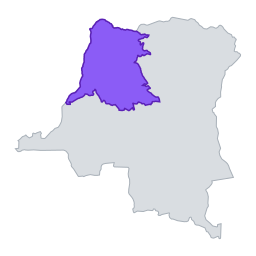 Équateur highlighted on a map of Democratic Republic of the Congo
{"feature_id": "COD-1461", "entity_name": "Équateur", "entity_type": "Province", "adm_level": 1, "iso_a3": "COD", "parent_name": "Democratic Republic of the Congo", "parent_adm1": "", "projection": "orthographic", "projection_center": [21.263, 1.316], "detail": "fine", "context": "in_parent", "style": "filled", "palette": "violet", "viewbox_px": 256, "rotation_deg": 0, "n_neighbors": 0, "source": "natural_earth", "source_scale": "10m", "svg_char_len": 8873}
<svg xmlns="http://www.w3.org/2000/svg" viewBox="0 0 256 256"><path d="M233.4,177.4L211.8,180.9L212.2,182.1L212.0,183.4L211.4,184.4L209.1,187.1L205.8,189.6L205.8,190.2L207.4,192.9L208.3,196.7L207.9,203.3L208.3,205.1L208.2,206.5L207.1,208.0L204.7,215.9L206.0,219.7L210.2,223.3L212.6,225.9L216.7,226.9L217.4,226.7L217.7,224.5L221.1,223.7L220.6,237.7L220.3,238.5L219.7,238.7L218.9,238.2L218.7,236.9L217.9,236.3L213.8,238.1L212.8,238.0L211.6,237.7L210.8,237.0L210.6,235.9L207.9,231.9L206.5,231.6L205.0,227.9L198.7,225.2L196.2,225.0L195.0,224.2L193.8,221.3L191.6,219.5L191.2,217.4L190.8,217.1L189.5,217.5L188.3,220.8L186.8,221.6L184.2,221.7L177.6,220.7L172.9,219.0L171.6,219.1L169.7,217.6L169.0,215.1L169.5,213.2L169.1,212.9L161.9,214.5L160.1,215.5L158.5,215.3L158.0,214.7L158.7,213.4L158.4,211.9L157.8,211.2L155.7,210.7L155.0,209.2L153.7,208.9L153.3,209.2L153.0,210.2L152.2,210.6L147.8,210.1L143.3,211.5L137.3,211.1L134.4,212.7L134.0,212.7L133.4,211.9L132.8,209.2L133.1,208.5L134.0,207.9L134.3,206.8L134.1,204.1L134.3,203.4L134.0,201.8L133.1,199.3L131.8,197.2L129.1,194.0L128.6,192.6L128.8,189.1L129.7,183.5L129.6,179.4L128.5,176.7L128.2,173.8L129.0,168.5L128.2,167.3L114.4,166.9L113.8,166.5L113.5,165.7L114.2,162.6L105.7,163.4L103.2,164.0L101.6,165.3L101.1,166.9L101.1,169.1L99.8,171.3L99.5,175.0L97.1,175.4L94.8,175.4L90.3,174.6L85.9,175.6L83.8,176.6L82.7,176.1L78.7,176.5L78.2,176.2L73.7,169.0L71.6,166.6L71.2,165.4L71.4,164.3L70.8,162.8L68.7,159.0L68.3,157.3L68.4,154.6L68.1,153.7L66.2,151.3L65.0,150.6L63.6,150.1L41.0,150.4L33.6,149.9L28.1,150.2L25.4,150.0L24.6,149.7L22.1,150.2L20.9,151.2L18.9,151.7L17.7,151.4L15.4,148.7L18.5,148.3L18.7,148.0L18.9,141.5L18.0,140.6L19.7,139.5L22.4,136.7L25.1,135.7L25.4,135.1L26.0,135.1L27.0,136.3L29.3,137.9L32.2,136.5L32.5,136.1L32.8,133.4L33.5,133.1L34.8,133.7L35.4,133.7L36.7,132.9L40.3,131.6L41.4,133.3L40.5,134.9L40.9,136.1L41.0,137.9L41.6,138.3L44.5,138.5L45.4,138.0L51.1,131.7L52.6,130.9L55.0,128.4L58.2,127.3L59.6,125.3L61.4,121.7L62.2,116.6L61.9,107.6L62.1,106.4L66.0,102.4L70.0,95.1L72.7,93.2L74.7,92.4L77.9,89.8L80.4,87.1L80.0,83.9L80.6,81.2L82.0,77.8L82.4,74.2L81.9,70.4L82.1,67.2L84.0,62.3L84.2,56.6L85.8,51.8L89.2,45.7L90.7,41.2L90.5,36.8L90.9,33.5L90.7,31.6L90.1,29.9L90.4,28.8L91.7,28.4L93.3,26.7L96.1,22.4L99.1,20.2L101.2,19.6L103.4,19.6L104.9,20.0L107.2,21.7L109.8,23.1L111.8,24.8L113.8,27.5L118.5,28.1L120.5,29.0L121.7,29.4L122.2,29.1L123.2,29.3L125.4,30.1L127.2,29.6L135.9,31.4L136.9,30.5L139.3,25.9L141.1,24.4L144.1,24.2L146.4,25.1L147.7,25.1L158.4,21.1L159.8,20.9L163.6,21.9L166.2,21.2L167.2,21.4L169.4,20.7L171.1,18.0L172.6,17.3L188.0,20.3L190.3,18.8L191.4,18.6L194.8,19.7L195.9,21.4L197.9,22.8L199.4,25.2L201.7,26.5L202.8,27.8L204.2,28.7L207.0,29.0L210.5,26.8L213.0,27.0L215.5,28.2L216.3,28.2L218.2,26.9L219.2,25.5L220.2,25.2L221.6,25.8L222.9,27.1L223.9,28.9L227.8,33.0L231.5,34.7L232.4,37.2L233.8,37.0L234.4,37.2L235.4,38.8L236.1,39.1L236.2,39.8L235.3,41.3L234.5,44.2L235.6,45.9L234.7,48.5L234.2,51.1L235.4,51.8L237.0,51.7L238.4,53.1L239.5,53.3L240.6,54.8L240.4,56.0L236.8,60.3L231.4,65.6L229.5,66.3L228.6,67.3L227.9,68.8L226.3,70.1L225.1,70.6L225.0,74.5L223.1,78.4L222.4,79.2L221.4,85.7L221.6,86.8L220.6,92.0L220.7,96.9L218.1,98.5L216.2,100.9L215.4,102.6L215.5,106.5L212.4,109.0L212.2,109.5L212.9,112.3L214.0,112.8L214.1,113.7L216.5,116.7L216.3,126.0L216.4,126.9L217.6,129.1L218.4,133.3L217.4,138.6L220.6,148.3L219.1,151.9L219.8,155.3L221.7,158.9L226.2,162.4L227.5,163.8L228.6,165.8L229.6,168.8L233.4,177.4Z" fill="#d9dde1" stroke="#a8b0b8" stroke-width="1"/><path d="M76.3,91.5L78.6,88.7L79.1,88.2L79.3,87.8L80.1,87.1L80.3,86.8L80.2,84.7L79.9,83.5L79.9,82.9L80.4,80.7L81.6,77.7L82.6,76.3L82.6,76.1L82.7,74.7L82.5,74.3L82.3,74.2L82.0,73.3L82.2,71.7L81.8,70.2L81.8,69.3L81.7,68.5L82.0,67.7L82.3,67.4L82.8,66.6L82.9,66.4L82.9,65.6L83.3,64.3L83.4,63.6L84.2,62.1L84.1,58.4L84.3,57.4L84.2,56.9L84.3,55.7L84.2,54.8L84.6,53.6L85.1,53.0L85.3,52.9L85.7,52.1L86.1,50.8L86.9,49.9L87.1,49.9L88.0,48.3L88.3,47.4L88.4,47.0L88.9,45.9L89.6,44.1L89.8,43.9L90.6,43.3L90.8,42.7L91.0,41.0L90.9,39.5L90.4,36.4L90.6,34.9L90.7,34.1L91.0,33.4L91.1,32.4L90.9,31.4L90.7,30.9L90.2,29.8L89.9,29.5L89.8,29.3L89.8,29.0L90.0,28.7L90.5,28.5L91.2,28.7L92.0,28.5L92.3,28.2L92.6,27.8L93.2,26.3L93.5,25.9L93.9,25.6L94.1,25.2L94.4,25.0L94.8,24.3L95.4,23.9L95.5,23.4L95.8,23.1L96.1,22.4L96.7,21.8L96.9,21.7L97.6,21.7L98.1,20.9L98.7,20.7L99.7,20.0L100.1,19.5L100.4,19.5L101.4,19.5L102.0,19.2L102.5,19.4L103.9,19.5L104.5,19.7L105.2,20.0L105.9,21.0L107.2,21.4L108.2,22.1L109.2,22.5L109.9,23.4L111.2,23.8L111.6,24.3L111.8,24.9L112.1,25.1L112.6,25.6L112.6,25.8L112.4,26.4L112.5,26.7L114.0,28.0L114.3,28.1L115.3,27.9L116.2,27.9L116.5,27.9L117.0,27.6L117.5,27.6L118.6,27.8L119.9,28.3L120.4,28.9L120.8,29.1L120.9,29.3L121.3,29.4L121.5,29.5L121.8,29.4L122.2,29.0L122.4,29.0L123.5,29.7L124.6,29.8L124.9,30.0L125.4,30.1L126.5,29.5L126.7,29.4L127.8,29.5L128.2,29.7L128.7,29.7L129.3,30.1L129.6,30.1L130.3,30.2L130.9,30.1L131.6,30.4L132.4,30.5L132.7,30.8L133.3,31.2L134.5,31.4L135.9,31.4L136.2,31.2L136.7,31.5L137.4,31.7L139.0,33.0L139.8,33.2L140.0,33.9L140.1,34.1L140.9,34.6L141.7,34.7L142.5,34.4L143.2,34.6L143.6,34.3L144.2,34.3L144.5,34.1L144.8,34.3L145.2,34.3L145.3,34.5L145.6,34.6L146.0,34.9L146.7,35.0L146.9,35.2L147.6,34.9L148.3,35.1L148.8,35.1L148.7,35.6L148.5,36.1L148.0,36.5L147.4,37.3L147.2,37.5L146.9,37.6L146.3,37.3L145.6,37.2L145.1,36.9L144.8,36.8L144.4,37.1L143.2,38.3L142.7,38.5L141.9,38.4L141.0,38.9L138.9,39.5L138.5,39.9L138.3,40.3L138.3,40.5L138.7,41.1L139.8,41.4L140.2,41.7L140.3,41.9L140.4,42.4L140.2,44.1L140.3,44.5L140.5,44.9L140.8,44.9L141.1,44.8L142.2,43.4L142.7,43.0L143.2,42.8L143.5,42.9L143.6,43.0L143.7,43.5L143.7,43.9L143.1,45.1L143.0,45.9L142.6,46.6L142.7,47.8L142.4,48.8L142.6,49.3L143.2,50.1L143.7,50.5L144.3,50.8L146.5,50.4L146.8,50.4L147.1,50.5L147.8,51.4L149.2,52.1L150.2,52.8L150.4,53.4L150.5,54.4L150.4,54.5L150.1,54.6L148.9,54.1L146.9,53.8L145.5,54.8L144.3,55.5L143.9,55.6L143.4,55.4L142.7,54.7L142.4,54.9L142.0,55.0L142.0,55.3L141.9,55.5L141.5,55.6L141.4,55.9L141.2,56.0L140.8,56.4L140.6,56.4L139.9,56.6L139.6,56.4L139.3,56.4L138.7,55.7L138.1,55.4L137.9,55.4L137.7,55.5L137.8,56.1L137.8,56.4L137.0,58.0L136.7,59.9L136.5,60.4L136.1,61.0L134.9,61.8L134.6,62.0L134.3,62.6L134.7,62.7L135.0,62.7L136.1,62.9L136.4,63.1L136.7,63.1L137.4,63.5L138.4,64.5L139.0,65.9L139.6,66.7L140.2,68.1L140.6,68.7L140.6,69.0L140.6,69.3L140.6,69.9L141.1,71.1L141.1,72.3L141.3,72.7L141.8,73.4L142.2,74.9L142.5,75.6L142.8,76.1L143.8,77.3L144.5,78.7L145.7,80.2L147.5,82.8L147.6,83.1L147.6,83.5L146.8,83.9L146.3,84.3L145.8,84.3L144.8,83.9L144.4,83.9L143.9,84.2L142.6,85.4L145.1,85.6L145.4,85.7L145.8,86.3L146.0,86.4L146.3,86.4L148.1,85.8L148.5,86.1L149.6,87.5L150.2,88.0L150.2,88.3L150.0,88.5L148.7,88.8L147.2,89.9L147.2,90.3L147.4,90.5L147.6,90.9L149.6,92.5L150.6,92.9L151.4,93.4L151.7,93.8L151.9,94.3L152.1,94.6L152.7,94.9L154.5,96.3L155.5,96.9L156.1,97.1L157.9,97.0L158.2,97.1L158.3,97.2L159.1,98.8L159.3,99.5L159.7,101.8L155.7,101.3L154.8,101.4L154.5,101.6L152.6,101.6L152.3,101.8L152.1,102.1L152.1,103.0L151.8,103.3L151.3,103.5L151.1,103.8L151.0,104.0L151.0,104.5L150.7,104.6L149.8,104.4L149.2,104.4L145.9,105.1L145.5,105.3L145.2,105.1L144.4,104.0L143.9,103.7L143.5,103.6L142.9,103.6L142.1,103.9L141.6,103.3L140.7,102.7L140.0,102.6L139.0,102.1L138.6,102.2L138.3,102.1L138.1,102.3L137.4,103.5L137.0,103.8L136.6,103.9L134.8,103.8L133.1,103.3L132.9,103.4L133.0,103.8L133.4,104.8L133.6,106.5L134.4,109.2L134.3,109.6L134.2,109.7L133.9,109.9L133.5,109.9L133.2,109.6L133.1,109.3L133.2,108.4L133.1,108.0L132.9,107.8L132.5,107.7L132.2,107.9L131.9,108.4L131.4,108.8L130.5,109.3L129.9,110.1L128.9,110.6L128.3,110.4L127.9,110.1L127.2,109.8L126.7,109.4L126.2,109.3L125.5,108.7L125.2,108.6L124.7,108.4L124.5,108.6L124.4,109.8L124.0,110.1L122.1,110.5L121.2,110.4L119.1,110.2L119.0,109.3L118.8,108.8L115.3,104.6L115.1,104.6L114.6,104.9L113.6,104.8L112.5,105.3L112.2,105.4L111.1,104.9L110.5,104.8L109.7,104.0L109.3,103.8L108.3,103.7L107.1,103.8L106.1,103.6L105.8,103.2L104.9,101.1L104.2,100.5L103.9,100.4L103.6,100.4L103.5,100.5L102.4,101.9L101.7,101.9L101.4,101.8L101.2,101.0L100.8,99.6L99.6,97.6L99.0,96.3L98.7,95.7L97.7,94.7L96.2,92.4L96.0,91.3L95.9,90.7L95.8,90.2L95.5,89.8L95.3,89.5L95.1,89.4L94.9,89.4L94.8,89.6L94.6,90.2L94.4,90.5L93.8,90.9L93.0,91.2L92.8,91.6L92.8,92.7L93.0,93.1L93.6,93.7L93.7,94.0L93.6,94.3L93.2,95.0L92.9,95.2L92.4,95.3L91.5,95.2L90.2,95.6L89.5,95.6L88.6,95.3L87.5,94.3L85.6,94.0L85.1,94.0L84.6,95.0L84.2,95.5L83.5,96.1L82.5,96.9L82.0,97.1L80.5,97.5L79.5,98.1L78.2,98.4L77.6,98.7L73.6,101.1L72.3,102.0L71.4,102.1L69.3,101.9L69.2,102.1L69.2,102.3L70.0,102.8L70.2,103.0L70.2,104.3L67.0,104.3L66.2,103.1L65.8,102.6L66.7,101.4L66.9,101.1L67.0,100.2L67.1,99.8L67.8,98.7L68.2,98.1L69.4,95.6L70.3,94.9L71.5,93.7L72.7,93.3L73.5,93.0L74.3,92.9L75.1,92.6L75.3,92.3L75.8,92.1L76.3,91.5Z" fill="#8b5cf6" stroke="#5b21b6" stroke-width="1.5"/></svg>